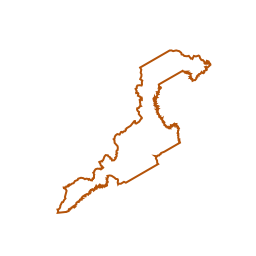 Porto Velho, Rondônia, Brazil, rotated 330°
{"feature_id": "56859067B40416427449951", "entity_name": "Porto Velho", "entity_type": "district", "adm_level": 2, "iso_a3": "BRA", "parent_name": "Brazil", "parent_adm1": "Rondônia", "projection": "orthographic", "projection_center": [-64.369, -8.988], "detail": "fine", "context": "isolated", "style": "outline", "palette": "amber", "viewbox_px": 256, "rotation_deg": 330, "n_neighbors": 0, "source": "geoboundaries", "source_scale": "gbopen_adm2", "svg_char_len": 5961}
<svg xmlns="http://www.w3.org/2000/svg" viewBox="0 0 256 256"><g transform="rotate(330 128 128)"><path d="M229.9,109.3L228.8,110.3L229.3,112.2L226.9,110.9L226.6,110.2L227.3,108.8L226.8,106.6L226.1,106.4L225.5,105.5L225.4,103.4L225.8,101.6L225.4,100.6L222.6,100.0L221.1,98.5L218.3,100.4L217.7,99.3L217.2,99.3L216.7,95.9L215.0,95.4L212.7,93.7L212.3,92.0L211.2,91.1L211.7,89.5L210.8,87.1L208.5,84.9L205.5,84.0L204.5,82.6L202.9,81.7L168.7,81.7L168.7,84.1L166.6,86.5L166.5,88.3L165.4,90.0L163.0,91.8L164.1,94.1L163.0,95.1L161.8,97.4L161.0,98.0L159.4,96.7L157.4,95.9L156.3,96.5L155.6,97.8L154.1,97.9L154.0,100.5L152.6,101.5L152.5,101.9L154.1,102.6L154.2,103.4L152.7,105.0L154.1,106.8L154.0,107.9L155.0,108.3L154.9,109.1L154.0,110.6L152.8,109.4L152.1,109.5L151.9,111.0L151.3,111.4L150.8,113.3L149.9,114.5L150.2,115.5L148.5,115.3L147.2,116.1L145.9,115.5L145.6,115.8L145.0,116.7L145.0,118.3L145.6,119.6L144.3,121.3L145.1,126.0L144.7,126.6L143.6,126.7L140.9,128.1L137.4,128.3L136.7,127.6L137.5,125.5L136.9,125.2L131.3,127.4L126.6,127.5L125.8,128.1L125.3,128.0L124.9,128.9L123.8,129.3L122.5,128.8L121.1,129.2L120.6,128.2L119.9,128.0L117.4,129.5L115.7,127.9L113.5,128.2L112.1,129.1L111.0,130.5L110.0,130.5L110.1,131.9L109.0,134.2L109.9,138.6L109.2,140.2L108.0,141.9L106.9,141.9L106.3,142.5L105.7,143.6L106.0,144.3L104.5,145.0L104.7,145.7L103.9,146.9L102.1,147.3L102.3,148.0L101.9,148.3L99.8,149.0L97.9,148.1L98.4,146.2L97.4,145.7L97.8,144.3L96.8,142.7L96.9,141.6L95.1,140.3L93.4,140.9L90.4,143.4L89.2,143.4L88.9,144.0L87.4,143.2L86.1,143.1L86.1,145.5L85.7,146.9L86.3,147.8L86.7,149.9L85.7,150.1L85.2,149.6L84.7,150.2L84.0,150.3L83.6,150.1L83.4,149.1L82.7,149.0L81.2,147.9L79.3,147.5L77.3,148.4L76.9,149.1L75.6,149.3L75.5,151.5L74.9,151.9L73.6,154.2L72.4,154.0L72.1,154.7L71.5,154.5L70.6,155.4L69.4,154.4L69.0,152.9L68.0,153.0L68.1,152.3L66.5,151.0L65.1,150.8L64.2,149.1L62.4,147.6L59.5,147.0L58.4,147.8L55.5,147.4L53.3,148.6L51.9,148.2L50.1,148.4L49.0,147.5L48.0,147.6L48.3,148.5L47.2,148.7L46.7,148.0L45.7,148.3L45.2,147.8L44.2,148.3L42.6,147.4L42.4,148.1L43.5,149.6L43.4,151.7L38.8,156.3L38.6,157.8L36.9,158.3L34.7,159.7L33.7,159.3L30.3,161.6L30.0,162.4L28.5,163.5L27.0,163.7L26.2,163.4L26.0,165.1L24.7,166.3L33.0,170.0L33.7,169.8L35.0,170.3L35.9,169.1L36.5,169.5L36.7,169.0L37.4,169.4L38.0,168.9L38.8,169.3L39.5,168.6L40.7,169.0L40.7,168.7L41.6,168.4L42.0,168.8L41.9,169.9L42.6,169.8L42.2,169.4L43.0,168.4L45.0,168.4L45.6,167.2L47.0,166.8L48.3,167.4L48.6,166.7L49.7,166.9L50.5,166.0L52.0,166.9L52.4,166.3L52.8,166.3L52.3,166.0L52.4,165.6L54.4,164.7L56.7,164.6L56.6,165.6L57.1,165.9L57.6,165.1L57.3,164.9L58.0,164.6L59.6,164.7L60.1,165.8L61.2,165.1L62.0,165.7L62.8,165.4L62.3,164.9L62.7,163.9L63.7,163.5L64.3,163.8L64.8,163.1L65.6,163.7L66.5,163.1L67.4,163.8L67.1,165.0L68.3,164.8L69.5,163.2L70.2,163.3L69.6,164.0L70.4,164.9L71.0,164.5L71.1,162.6L71.5,162.3L71.5,163.4L72.7,164.4L73.4,163.4L75.3,162.9L75.6,163.7L74.4,163.7L74.7,164.8L74.3,165.6L75.2,165.8L75.2,165.3L76.1,164.4L77.3,165.0L76.9,165.9L77.7,165.5L78.0,166.9L79.2,166.3L79.4,167.2L81.1,167.3L81.4,166.8L80.9,165.7L82.0,165.3L82.4,164.4L83.2,164.9L83.6,164.6L83.7,162.0L84.5,161.9L84.4,161.0L85.0,161.3L86.1,160.5L86.3,159.2L88.5,160.0L89.9,161.2L91.5,164.3L91.9,165.9L93.4,167.1L93.3,168.2L91.8,170.1L91.3,171.8L92.0,171.5L93.9,172.7L97.6,172.6L98.8,174.3L136.1,174.3L135.8,172.9L136.9,170.7L136.9,168.3L138.0,167.2L137.4,165.8L139.1,167.1L139.9,166.7L141.3,167.3L142.3,166.7L143.1,167.0L144.2,166.2L147.6,166.7L165.7,166.7L165.9,165.7L165.5,165.3L166.3,164.4L165.9,163.7L166.7,163.3L166.3,162.8L166.7,161.4L167.7,160.1L167.6,159.3L168.7,158.4L168.4,157.2L168.9,157.1L170.1,155.2L170.8,155.0L171.4,153.5L171.5,153.9L171.9,153.8L171.8,153.0L171.2,152.8L171.9,151.8L171.0,151.2L171.6,151.0L171.6,149.9L171.1,148.9L171.6,148.6L171.2,148.4L170.4,148.9L170.7,148.1L170.4,147.4L169.8,147.5L169.7,148.0L168.7,147.8L168.6,148.6L167.6,147.8L167.7,148.5L166.6,148.8L166.2,148.6L166.6,148.2L166.1,147.5L165.4,148.5L165.0,148.4L164.6,149.4L164.0,148.8L163.4,148.9L163.0,147.9L163.5,147.6L162.6,147.3L162.9,146.8L162.2,146.6L162.0,145.5L161.1,145.7L162.0,145.1L161.5,145.2L161.7,144.1L161.0,143.6L161.7,142.0L161.5,141.6L162.3,141.3L162.1,140.3L161.7,140.6L161.1,140.1L161.5,139.0L161.8,139.1L161.5,137.8L162.2,137.1L161.4,137.3L161.2,136.8L161.2,135.9L161.9,135.6L160.8,134.3L161.6,133.8L160.9,133.3L161.6,131.7L160.7,130.8L161.2,130.4L160.9,129.9L161.1,129.1L161.8,129.2L161.9,128.7L161.4,128.3L162.2,127.9L162.0,127.2L162.5,127.7L163.1,127.1L162.9,126.6L163.7,126.5L162.6,125.6L164.0,125.0L163.3,124.8L163.4,124.0L163.0,123.6L164.0,123.4L162.8,122.7L163.3,122.1L162.8,121.7L163.8,121.4L162.9,121.1L163.1,120.4L163.8,121.0L165.1,119.6L164.2,119.4L164.9,118.3L164.2,118.3L164.0,117.8L164.3,117.5L164.5,118.1L164.7,117.9L164.8,116.5L165.7,116.3L165.3,115.5L164.6,115.6L164.7,115.3L165.2,115.0L165.9,115.4L166.5,114.7L166.4,115.4L167.3,115.1L167.8,115.5L167.2,115.7L167.2,116.3L167.6,115.8L168.4,116.0L168.0,115.2L170.0,114.1L170.3,112.8L170.7,113.0L170.4,113.4L171.3,113.8L171.2,111.5L172.7,112.3L173.6,110.6L176.6,109.7L176.6,108.9L174.9,108.5L175.7,107.7L176.4,105.7L204.8,105.8L203.9,106.1L204.0,106.6L205.2,107.5L205.2,108.6L205.6,108.5L205.7,109.1L206.1,109.3L206.7,108.4L207.3,108.7L206.7,108.8L207.4,109.2L206.6,110.2L207.0,110.5L207.2,110.0L208.5,110.7L207.8,111.2L207.9,111.6L208.9,111.9L209.2,112.2L208.6,112.2L208.7,112.6L209.6,112.9L208.9,113.0L208.3,114.4L207.5,114.4L208.0,115.0L207.7,116.0L207.0,115.7L207.6,115.5L207.4,115.3L206.7,115.6L208.0,117.3L207.3,117.6L207.8,118.5L207.5,119.4L209.0,119.5L210.0,120.1L212.0,119.4L212.4,118.5L213.6,118.4L213.7,117.6L214.6,117.3L215.4,117.8L215.5,117.2L216.6,116.8L217.8,117.3L219.8,116.3L220.1,117.6L220.8,118.3L221.8,118.0L222.3,116.7L225.1,117.1L225.4,116.8L225.0,116.3L225.1,115.7L225.6,115.1L225.4,113.8L226.4,114.0L226.4,115.0L227.0,115.4L231.0,114.5L231.3,113.4L231.0,112.8L231.1,110.7L229.9,109.3Z" fill="none" stroke="#b45309" stroke-width="2"/></g></svg>